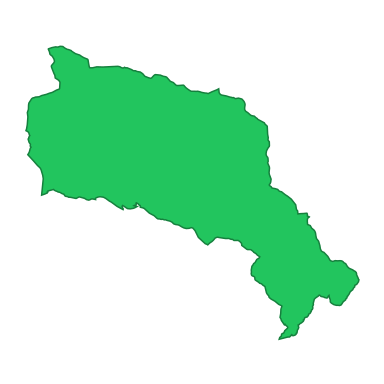 Valea Ierii, Cluj, Romania (orthographic projection), rotated 88°
{"feature_id": "2599482B95290613359909", "entity_name": "Valea Ierii", "entity_type": "district", "adm_level": 2, "iso_a3": "ROU", "parent_name": "Romania", "parent_adm1": "Cluj", "projection": "orthographic", "projection_center": [23.285, 46.581], "detail": "fine", "context": "isolated", "style": "filled", "palette": "green", "viewbox_px": 384, "rotation_deg": 88, "n_neighbors": 0, "source": "geoboundaries", "source_scale": "gbopen_adm2", "svg_char_len": 5919}
<svg xmlns="http://www.w3.org/2000/svg" viewBox="0 0 384 384"><g transform="rotate(88 192 192)"><path d="M149.0,354.8L155.5,349.2L160.1,345.5L162.6,343.0L164.3,342.1L170.1,340.6L173.6,340.2L189.9,342.4L188.8,338.9L187.9,336.7L187.0,336.7L186.9,336.0L186.0,336.0L184.6,330.2L185.3,329.7L186.1,328.4L186.6,327.0L187.3,325.9L187.7,324.1L189.1,321.9L189.8,320.1L191.4,319.2L191.9,318.4L192.2,316.7L192.9,315.5L193.1,313.4L194.4,308.2L194.3,307.7L193.2,305.6L193.0,304.6L194.6,299.6L195.9,297.7L196.5,295.6L196.3,294.5L195.5,292.9L195.5,291.3L196.2,288.6L195.0,288.7L194.4,287.9L193.7,285.8L193.5,284.1L194.1,280.7L195.5,278.3L198.2,274.9L199.3,273.0L203.8,267.3L207.2,261.5L206.6,261.3L204.2,262.4L203.4,262.1L203.0,261.7L206.2,257.3L206.4,256.8L206.7,254.3L206.3,251.3L205.8,249.8L204.6,247.4L203.6,250.5L203.4,250.2L203.2,248.9L202.8,248.2L201.1,248.3L200.9,247.9L202.2,246.0L203.3,245.2L203.7,244.3L205.4,244.2L206.2,241.5L206.8,240.3L211.6,235.4L214.4,230.6L217.0,228.0L217.5,227.3L217.7,226.9L217.8,225.4L218.3,223.8L218.2,222.3L218.9,220.6L218.9,219.2L219.5,218.0L220.3,215.1L221.4,213.1L223.2,211.4L223.9,209.6L224.4,206.9L224.8,206.0L226.4,203.6L227.6,201.4L228.3,199.0L228.2,196.2L227.6,194.0L228.1,192.4L230.7,190.3L237.6,187.2L244.2,180.5L244.7,179.1L245.4,178.1L243.7,176.2L242.2,173.8L241.0,172.4L238.7,170.3L238.2,168.8L238.0,167.8L238.4,166.8L239.7,159.8L239.7,156.9L240.6,154.7L240.8,153.0L241.9,151.7L242.0,147.6L243.0,146.1L245.0,144.3L247.2,144.1L247.4,143.8L251.1,139.3L251.5,138.4L251.6,135.8L251.9,134.9L253.8,132.7L254.3,132.5L256.0,130.0L257.3,129.0L259.1,126.5L260.3,127.2L261.7,129.6L264.8,131.5L265.7,132.9L267.0,133.6L268.3,134.7L272.0,135.5L274.1,135.4L275.8,135.7L277.3,135.3L277.9,134.7L278.6,133.1L279.2,132.5L279.7,132.2L281.2,132.2L282.2,131.8L284.5,128.6L285.6,127.5L286.1,125.8L287.6,124.4L289.0,122.4L295.3,121.1L297.2,120.1L298.3,119.0L300.0,118.6L301.7,116.8L304.0,113.0L307.3,109.3L308.7,106.6L309.2,106.1L312.2,107.2L316.6,107.6L320.4,108.4L321.8,107.6L323.4,107.2L328.0,104.3L327.5,103.6L328.1,103.3L329.9,101.3L330.8,101.0L331.5,101.4L333.8,104.1L335.9,105.1L336.3,105.6L336.6,106.7L337.2,107.4L339.3,107.9L340.4,109.4L342.2,110.0L340.3,101.4L340.3,99.5L338.0,97.3L338.4,96.9L339.0,96.8L339.1,95.6L338.6,94.0L337.9,93.0L336.9,92.8L336.5,92.4L336.5,92.0L333.8,91.5L332.3,90.5L330.9,90.0L329.7,90.5L329.1,90.3L328.6,90.5L328.2,89.4L327.3,88.7L326.7,87.3L325.3,85.5L324.4,84.8L323.8,85.2L323.0,84.2L321.7,83.8L321.4,83.4L320.9,81.2L320.5,81.0L319.6,80.0L318.2,79.7L317.6,78.5L316.6,77.6L315.6,77.4L315.4,77.0L313.8,76.4L313.5,75.8L312.6,75.4L311.8,75.3L310.7,75.5L308.9,74.6L307.5,74.7L303.4,73.5L302.2,72.2L300.5,69.5L299.5,68.5L299.7,67.8L300.9,66.7L301.5,64.0L302.0,63.4L302.7,60.9L302.5,60.4L300.6,59.3L300.1,58.7L302.6,58.3L304.5,57.6L306.7,57.6L307.9,56.6L309.5,54.2L310.3,51.6L310.3,50.2L310.6,48.4L310.0,46.8L307.0,44.7L305.2,42.3L303.9,41.8L303.3,40.9L301.7,40.5L301.3,39.8L300.9,39.7L299.9,38.8L298.5,38.0L297.8,37.8L296.1,36.0L295.4,34.9L293.3,33.7L292.5,32.7L291.0,32.6L290.1,30.7L289.2,29.9L288.1,29.3L287.7,28.8L285.5,28.2L284.5,28.9L284.0,28.9L280.4,30.4L279.3,30.4L278.2,30.7L277.1,31.6L276.3,33.0L275.4,34.1L273.8,37.5L272.1,39.2L269.0,40.9L268.0,42.6L266.8,43.6L266.1,44.7L265.8,46.5L265.9,48.8L265.6,51.3L266.3,53.7L265.7,55.5L265.1,56.4L261.1,58.5L256.9,62.3L256.4,63.5L255.5,64.8L253.2,65.7L250.0,66.1L245.6,67.2L242.9,69.2L240.2,69.7L237.3,70.0L235.5,70.6L234.2,71.5L232.4,73.6L229.7,75.0L228.5,77.6L225.2,77.8L223.1,77.6L221.7,76.8L221.2,75.8L221.0,75.6L220.7,76.0L220.2,77.5L218.2,77.5L217.3,77.8L217.2,78.1L217.4,81.5L217.4,83.9L217.6,86.9L214.6,87.1L213.3,88.1L212.5,88.3L208.4,88.8L202.6,93.0L199.4,96.8L198.0,98.9L194.9,102.5L194.3,104.6L192.4,106.3L191.5,108.9L190.9,111.8L189.4,112.8L188.2,114.4L187.4,114.5L186.3,113.6L184.9,113.0L181.9,112.5L177.1,114.1L175.2,114.3L171.0,113.7L169.7,113.8L165.5,115.4L164.0,114.8L160.9,114.9L159.9,115.2L159.2,115.9L158.1,116.4L156.6,116.7L153.5,116.1L150.7,114.5L149.1,113.2L148.3,113.0L144.5,113.0L142.9,114.1L142.1,114.2L140.4,113.9L136.9,114.4L129.1,114.5L128.2,115.0L127.1,116.4L125.4,117.3L121.7,123.7L120.9,124.2L119.8,125.7L118.4,127.0L117.8,129.6L117.2,130.8L114.6,133.5L113.3,135.4L112.1,136.2L111.1,136.5L109.4,136.4L106.7,135.9L105.2,136.1L103.3,136.9L101.1,138.6L100.7,139.3L99.8,142.3L100.2,145.3L100.0,145.9L99.1,147.1L99.1,148.7L98.7,149.5L98.5,150.7L97.2,154.4L96.1,159.2L95.3,160.4L93.8,161.4L89.8,161.7L90.7,163.5L92.5,168.5L94.2,172.4L93.7,173.9L93.5,175.7L92.8,178.8L92.0,180.9L91.5,182.8L91.6,184.3L91.4,186.0L91.3,189.2L90.9,190.1L88.8,193.0L87.3,194.7L85.2,196.4L84.9,197.0L85.1,202.0L85.0,203.7L84.3,204.6L82.0,206.8L80.6,209.8L76.4,213.3L75.9,214.2L75.3,216.8L74.1,219.5L73.4,224.4L73.6,225.1L74.3,226.1L76.7,228.5L76.9,229.6L76.2,231.7L74.7,235.1L72.1,237.1L70.3,239.5L69.6,242.9L68.9,244.1L68.7,246.3L68.4,247.0L67.7,247.8L65.6,252.5L65.6,254.0L65.0,255.1L65.6,256.0L65.7,256.9L65.1,258.5L64.3,259.7L63.8,261.7L64.0,276.8L63.6,282.7L64.4,287.1L64.3,289.8L63.3,290.3L60.3,290.8L56.3,291.3L55.6,291.8L54.0,295.4L52.9,297.2L51.2,299.5L49.7,303.6L47.2,307.2L46.4,307.9L45.4,310.3L45.0,311.9L43.6,314.2L42.1,316.0L41.8,318.3L41.9,319.2L42.5,320.8L42.2,323.3L42.8,326.9L43.9,330.5L44.3,330.6L46.8,329.6L49.2,329.2L50.0,328.6L51.1,327.2L52.1,326.5L54.4,325.3L56.4,324.9L57.0,325.0L58.1,325.6L60.6,327.9L61.4,328.2L62.5,328.0L68.8,325.8L70.5,325.0L73.3,324.7L75.7,321.3L77.3,320.3L78.0,320.1L83.9,320.7L84.5,321.1L85.4,323.8L87.6,328.2L88.3,331.1L89.3,334.0L90.4,339.0L91.5,341.4L91.7,345.3L92.2,346.4L92.4,347.7L92.9,348.6L93.5,349.2L97.4,351.9L99.2,352.3L103.7,352.6L106.9,353.8L111.2,353.4L119.1,354.3L123.0,355.1L124.9,355.8L125.1,355.6L125.7,354.2L126.5,353.5L127.8,352.8L129.1,352.6L129.8,352.1L131.7,353.2L132.6,353.3L133.1,353.8L133.6,353.9L136.9,353.0L138.6,351.8L140.4,352.1L141.6,351.3L142.5,352.0L146.6,353.3L149.0,354.8Z" fill="#22c55e" stroke="#15803d" stroke-width="1.5"/></g></svg>